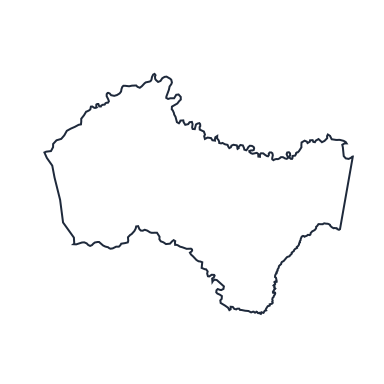 the district of Sherman, Oregon, United States of America, rotated 280°
{"feature_id": "52423323B77848973852884", "entity_name": "Sherman", "entity_type": "district", "adm_level": 2, "iso_a3": "USA", "parent_name": "United States of America", "parent_adm1": "Oregon", "projection": "orthographic", "projection_center": [-120.7, 45.41], "detail": "fine", "context": "isolated", "style": "outline", "palette": "slate", "viewbox_px": 384, "rotation_deg": 280, "n_neighbors": 0, "source": "geoboundaries", "source_scale": "gbopen_adm2", "svg_char_len": 6055}
<svg xmlns="http://www.w3.org/2000/svg" viewBox="0 0 384 384"><g transform="rotate(280 192 192)"><path d="M254.8,344.2L254.7,343.8L253.1,342.4L251.8,340.5L251.8,337.6L253.7,335.2L262.2,332.8L264.6,331.8L266.3,333.7L266.7,335.8L267.9,334.7L268.7,332.5L269.0,328.5L268.3,324.9L268.2,320.4L271.2,318.2L272.2,315.8L270.5,315.3L268.5,315.8L265.3,313.6L263.6,311.3L266.1,307.4L264.1,305.0L262.4,304.4L262.4,302.8L264.0,301.8L263.4,299.3L262.0,299.3L260.3,297.3L261.5,296.4L262.1,294.0L259.8,291.3L256.9,291.6L255.0,292.0L250.9,290.3L249.3,289.2L249.1,288.3L248.3,287.7L247.4,287.8L245.8,287.3L244.9,284.8L243.7,284.8L243.1,285.1L242.0,284.8L241.8,283.7L242.5,282.4L244.2,281.8L245.3,282.3L247.1,281.8L248.0,280.5L247.4,278.9L245.7,278.6L243.8,279.8L243.2,280.5L241.8,280.4L241.1,279.5L241.2,277.8L242.0,275.9L242.0,274.6L241.6,273.3L240.3,272.4L239.3,270.9L239.1,269.2L238.3,267.6L237.5,266.7L238.1,265.4L239.1,265.1L242.3,265.2L244.1,264.4L244.7,263.2L244.4,261.6L243.0,260.9L241.8,261.3L240.4,260.7L240.4,259.6L241.4,257.2L242.4,255.5L242.1,253.2L240.7,252.4L238.5,252.8L238.4,251.2L241.0,250.6L241.8,249.0L240.2,245.1L240.4,243.5L241.4,241.6L242.3,241.3L243.2,242.9L243.4,244.3L244.1,245.5L246.0,245.6L247.1,244.8L247.8,243.0L247.6,241.0L246.0,239.7L243.8,239.0L242.5,238.2L242.8,236.2L244.3,235.6L246.7,234.0L246.7,231.5L244.5,230.1L243.3,230.4L242.4,229.4L243.1,229.0L244.3,228.8L245.7,228.0L245.7,224.6L244.5,222.8L242.8,222.5L241.7,221.1L242.8,220.0L244.6,218.8L244.7,216.2L245.6,213.5L244.9,212.2L245.0,210.3L246.5,209.9L247.9,208.9L249.1,207.4L251.5,207.1L250.0,205.5L247.7,205.4L246.6,205.7L246.5,203.1L248.4,201.4L248.3,197.9L246.5,195.5L249.1,194.3L250.8,194.8L253.6,193.2L254.8,188.8L257.3,188.2L258.4,188.7L260.3,188.2L261.1,187.3L260.3,185.5L259.2,184.2L254.4,183.8L254.2,181.7L255.7,180.9L258.9,180.8L261.0,179.7L260.3,177.5L258.2,176.5L257.0,173.7L259.2,171.7L261.0,171.0L260.3,168.2L258.5,167.8L257.4,167.2L258.2,165.0L263.2,162.7L265.2,161.0L266.6,160.5L269.0,158.9L269.9,157.7L272.6,157.4L276.6,162.2L279.3,163.6L281.1,164.9L283.7,164.4L285.7,161.8L285.0,159.6L281.2,158.1L280.5,154.3L279.5,152.3L280.2,150.3L281.5,150.2L288.7,151.5L292.0,151.6L294.6,152.9L296.4,153.2L298.9,152.1L299.7,151.0L301.2,146.9L300.6,145.0L298.9,143.0L295.9,141.7L294.5,139.5L295.9,137.2L297.0,136.1L299.2,135.5L300.7,135.8L301.8,134.6L300.9,133.4L298.2,132.6L295.8,132.6L294.6,132.3L293.5,131.3L291.9,127.4L290.8,126.4L287.4,124.2L285.6,122.5L286.1,120.1L287.2,118.5L286.3,114.4L285.2,111.7L285.0,108.0L284.7,106.0L283.4,105.1L281.2,104.7L278.6,104.7L276.5,103.6L274.4,101.2L273.2,98.7L273.3,95.5L274.7,93.9L275.1,92.3L274.9,91.7L273.6,91.0L271.6,91.3L268.6,93.5L266.9,94.4L265.3,93.7L265.1,92.4L264.4,91.4L262.9,90.8L262.4,88.9L261.3,87.6L260.4,87.4L260.2,85.8L262.4,84.5L262.2,83.4L261.5,82.6L259.5,82.9L258.8,83.5L258.1,82.5L257.9,81.2L258.9,78.9L258.5,77.6L255.7,77.5L254.7,76.7L253.3,74.9L252.7,73.8L248.8,72.3L244.9,70.2L242.2,70.7L239.3,70.9L238.5,68.7L235.8,65.3L233.4,61.7L230.5,58.1L225.6,56.4L221.6,54.0L219.4,49.6L215.2,46.9L212.0,47.4L207.8,46.0L206.4,41.4L205.3,39.8L200.4,43.1L193.7,49.8L182.4,54.1L161.3,63.5L139.6,70.3L126.6,83.6L120.7,85.0L120.0,84.4L120.3,87.0L123.2,92.5L123.7,94.7L123.1,97.2L121.8,99.0L121.2,101.0L122.3,102.7L124.0,103.8L125.4,105.1L126.3,107.5L126.6,109.2L123.9,113.7L123.2,116.1L123.0,119.0L122.3,120.2L122.0,121.6L122.7,123.7L125.0,126.8L125.5,129.5L127.0,130.6L128.8,131.3L130.0,134.8L131.2,137.5L132.8,137.7L136.3,136.8L139.0,138.6L140.0,139.8L143.5,142.0L146.2,142.9L148.4,143.0L149.0,144.9L146.2,146.7L145.1,148.4L145.4,150.3L146.6,152.0L146.2,154.7L145.0,157.6L144.8,159.2L145.8,164.6L142.3,167.8L139.8,168.1L138.0,169.8L137.5,172.6L136.2,175.4L137.3,179.3L140.0,181.0L141.4,182.3L140.7,184.0L139.0,184.0L137.0,184.6L137.3,185.8L137.1,187.2L136.1,189.7L135.9,192.1L135.1,196.6L136.0,200.8L135.4,202.0L134.3,202.3L133.1,201.7L131.9,200.5L130.3,201.8L128.8,204.2L125.8,208.2L124.9,210.5L125.0,212.2L124.6,214.3L118.9,214.7L118.2,217.9L118.3,219.3L116.5,221.2L114.3,221.1L111.8,222.3L111.8,223.6L113.9,225.7L114.2,228.2L113.6,228.8L111.6,228.3L110.3,226.9L107.1,227.7L108.1,228.1L109.6,229.5L109.6,231.7L104.6,239.8L102.0,239.8L100.5,237.8L100.5,236.4L100.9,234.2L99.5,233.2L97.4,233.3L96.4,234.6L95.7,237.3L94.7,239.5L91.9,239.8L90.2,238.7L87.7,239.5L85.9,244.2L84.3,247.6L82.2,249.3L83.2,250.4L85.7,250.0L85.9,252.1L84.2,254.0L84.1,256.0L84.9,256.7L85.3,258.7L84.2,259.8L84.4,261.2L84.3,264.9L84.6,268.3L83.7,271.1L84.8,273.0L84.8,273.7L84.4,274.2L84.1,275.0L84.4,275.6L85.3,276.2L85.1,277.1L84.2,278.0L84.3,278.9L84.8,279.7L84.1,280.2L83.9,281.0L85.1,281.5L85.6,281.5L85.4,283.4L87.6,284.2L88.2,285.4L88.5,285.0L89.8,285.2L92.7,286.4L93.1,287.4L93.7,288.3L94.9,288.0L95.8,290.0L96.4,290.6L97.0,290.7L97.3,290.3L98.1,290.0L98.8,290.4L100.2,289.7L101.7,289.8L102.8,290.6L104.0,290.7L105.2,291.3L106.4,291.6L107.3,291.3L107.4,290.5L106.9,290.2L106.8,289.4L107.6,289.0L108.4,289.2L108.6,289.6L110.4,289.9L110.6,290.4L111.3,290.8L111.6,290.2L112.3,289.6L112.8,289.9L113.7,289.2L114.0,288.5L114.6,288.8L114.7,289.5L115.9,289.9L117.6,288.8L118.3,289.5L118.0,289.9L118.2,290.9L118.9,290.9L122.1,289.6L122.7,288.5L124.4,288.4L125.9,288.8L126.5,289.4L127.3,289.5L127.5,289.1L128.7,289.4L129.4,290.0L130.5,289.7L132.4,290.5L134.0,290.5L134.6,290.8L136.5,292.3L137.7,292.3L138.6,292.6L140.0,294.3L144.3,296.8L145.1,298.0L145.6,299.1L147.4,300.0L147.9,300.6L148.8,301.0L149.4,300.7L150.2,301.2L151.4,302.5L152.7,302.7L154.0,303.6L155.2,305.2L156.1,304.8L157.3,305.9L158.8,306.5L160.2,306.4L161.1,307.1L162.1,306.7L163.4,307.3L164.6,307.2L167.1,307.8L168.0,308.9L168.0,309.9L167.5,310.5L168.9,312.7L169.9,313.5L170.0,314.5L170.0,315.4L170.7,316.0L172.2,316.0L174.2,317.3L175.1,318.6L176.3,319.8L177.9,320.5L179.3,320.3L180.3,321.2L182.3,322.1L183.0,326.4L183.6,326.9L184.1,327.7L184.1,329.4L184.3,331.3L183.9,333.0L183.6,333.6L183.0,333.8L181.7,335.6L180.9,337.7L181.3,338.6L181.3,339.7L181.5,340.5L181.3,341.1L180.6,341.6L180.5,342.8L180.3,343.3L181.1,344.2L254.8,344.2Z" fill="none" stroke="#1e293b" stroke-width="2"/></g></svg>